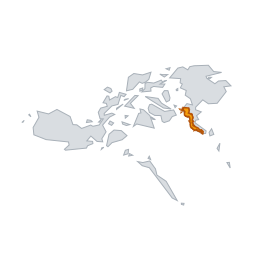 location of Zamboanga del Norte, Zamboanga del Norte, Philippines, rotated 276°
{"feature_id": "2640588B39288775379873", "entity_name": "Zamboanga del Norte", "entity_type": "district", "adm_level": 2, "iso_a3": "PHL", "parent_name": "Philippines", "parent_adm1": "Zamboanga del Norte", "projection": "albers", "projection_center": [122.692, 8.0], "detail": "fine", "context": "in_parent", "style": "filled", "palette": "amber", "viewbox_px": 256, "rotation_deg": 276, "n_neighbors": 0, "source": "geoboundaries", "source_scale": "gbopen_adm2", "svg_char_len": 7528}
<svg xmlns="http://www.w3.org/2000/svg" viewBox="0 0 256 256"><g transform="rotate(276 128 128)"><path d="M118.6,33.6L129.3,38.3L135.3,35.9L133.7,47.5L139.0,55.4L133.4,69.2L125.6,72.9L125.8,76.8L122.7,81.9L127.0,90.6L126.0,92.9L128.0,99.0L134.5,102.5L134.3,99.3L140.5,96.8L144.9,98.7L147.4,105.1L150.2,103.9L150.5,100.5L157.7,103.8L157.6,105.6L153.9,106.7L157.8,112.2L157.3,114.6L162.5,115.7L161.3,122.6L158.7,120.8L159.7,117.5L150.4,115.6L148.3,109.7L140.0,102.8L138.2,103.1L141.1,110.4L140.1,113.4L136.9,108.5L128.2,102.4L121.9,106.6L114.6,103.1L111.6,104.3L111.4,98.6L116.1,91.9L110.9,88.4L111.0,94.2L108.8,94.7L106.1,89.6L103.7,88.8L99.4,68.1L100.2,67.0L104.9,71.2L107.9,70.3L107.9,47.8L111.4,35.1L118.6,33.6ZM182.2,164.2L192.8,171.3L194.5,176.1L192.1,181.4L195.4,183.0L196.8,187.2L198.8,201.4L193.1,207.3L193.1,215.3L187.6,200.2L185.6,201.2L181.1,209.8L184.2,213.1L185.4,220.3L180.7,226.0L179.0,219.0L174.5,221.9L161.9,214.1L160.5,205.4L163.8,199.4L155.8,193.1L153.2,193.3L151.7,199.2L147.4,194.9L143.7,197.4L142.9,194.6L140.3,194.0L133.3,206.0L130.7,205.8L130.1,202.3L134.8,191.3L144.7,188.1L146.7,184.0L152.3,180.0L158.4,184.0L157.7,189.7L163.6,187.0L166.6,181.5L171.4,182.0L173.4,175.9L177.4,177.4L178.4,175.1L182.6,175.2L182.2,164.2ZM150.7,171.5L145.9,174.7L144.0,170.8L139.5,168.4L137.2,163.4L138.2,161.3L143.8,159.4L143.3,153.3L145.7,147.6L149.7,146.0L153.4,147.0L154.2,149.1L148.3,162.7L150.7,171.5ZM178.5,123.1L182.8,128.1L182.3,136.9L185.9,145.0L178.5,143.6L175.6,140.7L173.9,137.5L175.0,134.5L167.0,128.7L164.8,122.6L178.5,123.1ZM130.1,133.2L143.6,137.1L144.4,139.3L148.2,137.9L147.7,141.6L142.6,148.5L130.6,154.1L132.9,136.3L130.1,133.2ZM79.0,171.5L61.0,184.5L63.0,179.3L90.7,153.4L92.0,146.1L95.6,141.1L95.2,146.4L97.5,153.1L90.2,159.6L84.2,161.7L79.0,171.5ZM108.2,108.5L119.8,109.8L124.5,114.3L124.7,121.6L120.3,127.8L115.7,123.4L111.8,113.7L107.3,110.0L108.2,108.5ZM168.9,140.7L174.1,140.3L175.5,142.7L175.4,149.0L179.1,156.0L177.3,157.8L175.0,155.2L175.6,160.1L172.0,158.2L172.0,149.1L170.2,146.4L167.1,147.0L165.3,137.9L168.9,140.7ZM151.4,168.9L151.6,161.2L161.1,141.8L160.6,154.8L156.2,158.8L151.4,168.9ZM169.3,163.8L162.4,166.6L159.7,166.3L157.9,163.4L165.5,158.3L169.0,160.3L169.3,163.8ZM149.4,122.4L161.1,131.5L161.2,134.7L152.8,127.8L148.2,132.2L149.4,122.4ZM165.5,106.8L163.0,108.3L161.0,106.4L163.7,100.3L166.5,103.3L165.5,106.8ZM136.0,211.2L130.6,214.0L128.7,210.3L132.1,209.1L136.0,211.2ZM100.6,126.5L105.6,127.7L106.8,130.8L102.4,130.8L100.6,126.5ZM130.2,108.2L133.1,109.4L131.5,113.2L128.9,111.4L130.2,108.2ZM117.0,218.7L122.5,221.0L114.6,220.8L117.0,218.7ZM185.3,161.8L182.5,158.8L184.9,154.0L184.7,156.9L185.3,161.8ZM133.5,121.4L131.6,129.5L130.3,126.1L131.4,122.2L133.5,121.4ZM104.0,230.0L104.4,232.4L98.9,233.8L104.0,230.0ZM131.9,86.6L131.7,90.2L130.5,91.8L129.1,86.1L131.9,86.6ZM141.6,149.7L139.2,154.4L139.2,151.7L141.6,149.7ZM102.7,132.2L101.4,135.5L100.2,131.6L102.7,132.2ZM169.4,138.5L167.6,138.6L165.8,136.0L168.0,135.6L169.4,138.5ZM140.2,123.8L140.1,126.8L137.5,124.3L140.2,123.8ZM192.4,163.5L189.8,162.9L190.9,159.7L192.4,163.5ZM146.5,114.6L151.3,120.7L145.3,114.7L146.5,114.6ZM102.2,152.1L99.0,153.8L99.9,151.1L102.2,152.1ZM155.6,171.4L155.0,174.0L153.2,172.7L155.6,171.4ZM156.2,122.0L157.3,125.6L155.0,121.0L156.2,122.0ZM58.9,191.6L57.2,191.4L57.6,189.1L58.8,188.9L58.9,191.6ZM172.5,173.4L170.4,173.6L170.2,172.2L171.4,171.9L172.5,173.4ZM187.1,205.7L185.5,204.1L186.0,202.4L187.0,203.2L187.1,205.7ZM105.5,104.0L106.3,106.0L103.9,103.7L105.5,104.0ZM178.6,158.9L179.4,161.6L177.2,158.3L178.6,158.9ZM131.4,28.6L129.0,30.3L130.7,27.9L131.4,28.6ZM134.0,100.7L130.8,99.1L130.8,98.1L134.0,100.7ZM122.8,22.2L124.8,24.0L122.6,22.8L122.8,22.2Z" fill="#d9dde1" stroke="#a8b0b8" stroke-width="1"/><path d="M154.1,182.6L154.1,181.2L153.8,181.2L153.7,181.1L153.4,181.1L153.1,180.9L153.1,180.7L153.4,180.3L153.3,180.0L153.2,180.0L152.9,180.3L152.8,180.2L152.7,180.2L152.6,180.3L152.6,180.1L152.4,179.8L151.8,179.6L151.5,179.6L151.6,179.8L151.5,180.0L151.8,180.2L151.7,180.3L151.8,180.0L152.0,180.2L151.8,180.3L152.0,180.4L152.0,180.5L151.9,180.5L152.1,180.5L152.0,180.9L152.1,181.0L151.9,181.0L151.7,181.2L151.4,180.9L151.1,181.0L151.0,181.3L150.9,181.6L151.0,181.6L150.9,181.7L150.8,182.1L150.7,182.3L150.4,182.7L150.3,182.8L149.9,182.8L149.7,182.8L149.6,182.7L149.3,182.7L148.9,182.5L148.7,182.5L148.0,182.7L146.9,182.8L146.7,183.0L146.4,183.2L146.3,183.3L146.3,183.5L146.3,183.8L146.2,183.9L146.1,184.1L145.9,184.2L145.7,184.2L145.7,184.3L145.7,184.8L145.8,185.0L145.7,185.6L145.3,185.8L145.2,185.7L145.1,185.9L145.2,186.1L145.2,186.3L145.3,186.3L145.5,186.5L145.8,186.7L145.9,186.9L145.9,187.0L145.9,187.3L145.7,187.5L145.4,187.7L145.2,187.9L144.8,188.2L144.5,188.3L144.3,188.3L144.0,188.3L143.9,188.3L143.7,188.5L143.4,188.6L142.7,188.7L142.2,188.8L141.6,188.8L141.3,188.6L141.2,188.5L141.2,188.4L141.2,188.1L140.9,188.3L140.6,188.5L140.5,188.8L140.3,188.9L140.0,189.0L139.8,189.2L139.6,189.3L139.4,189.3L138.9,189.3L139.0,189.3L138.9,189.4L138.7,189.5L138.3,189.4L138.1,189.4L137.2,189.7L136.5,189.8L136.4,189.9L136.3,190.0L136.1,190.0L135.6,190.2L135.5,190.4L135.2,190.5L134.9,190.9L134.7,190.9L134.5,191.1L134.6,191.3L134.7,191.6L134.6,191.8L134.3,192.2L134.0,192.3L133.8,192.4L133.6,192.5L133.5,192.8L133.4,193.0L133.3,193.3L133.2,193.4L133.1,193.5L133.1,193.4L133.1,193.6L133.0,193.8L132.9,193.8L132.8,193.6L133.0,194.0L132.9,194.2L132.7,194.0L132.8,194.0L132.7,194.1L132.6,194.3L132.6,194.2L132.6,194.3L132.6,194.5L132.8,194.4L132.9,194.5L133.1,195.0L133.2,195.4L133.2,195.8L133.1,196.0L132.9,196.3L133.0,196.5L133.3,196.5L133.2,196.6L133.3,196.6L133.4,196.8L133.3,197.0L133.1,197.0L132.9,197.1L132.8,197.3L132.7,197.5L132.4,197.5L132.4,197.8L132.5,197.8L132.4,198.0L132.3,198.4L132.1,198.5L132.1,198.8L132.1,199.0L132.1,199.3L132.0,199.5L131.9,199.6L131.9,199.8L131.7,200.0L131.8,200.2L131.8,200.3L131.8,200.5L132.0,200.6L132.2,200.9L132.1,201.0L131.8,201.1L131.4,201.2L131.5,201.3L131.3,201.4L131.1,201.5L130.8,201.6L130.7,201.8L130.4,202.1L130.2,202.3L129.9,202.9L129.9,203.0L130.0,203.1L130.3,203.1L130.5,203.1L132.4,203.1L132.6,202.9L132.6,202.6L133.3,202.0L133.4,201.7L133.4,201.3L133.5,201.3L133.8,201.3L133.9,201.1L133.6,200.2L133.6,199.9L133.8,199.5L133.9,199.1L134.0,198.9L134.4,198.7L134.6,198.6L134.7,198.2L135.0,198.1L135.2,197.9L135.8,196.4L136.1,195.2L136.3,195.0L136.3,194.5L136.6,194.1L137.3,193.9L136.8,193.3L137.2,192.4L137.8,192.3L137.8,192.5L138.2,192.6L138.3,192.5L138.3,192.2L138.7,192.1L139.0,192.1L139.3,192.1L139.4,191.9L139.5,192.0L139.8,191.5L140.1,191.6L140.3,191.5L140.5,191.3L140.8,191.7L140.8,191.9L140.9,192.0L140.9,191.9L141.2,192.0L141.3,192.1L141.5,192.0L141.9,192.0L142.0,191.7L142.2,191.4L142.2,191.2L143.4,191.2L143.9,191.3L144.8,191.4L144.8,191.6L145.6,191.6L145.8,191.4L146.0,191.2L147.2,190.6L148.2,190.4L148.3,190.4L148.5,190.2L148.7,189.7L148.2,189.7L148.5,189.3L148.6,189.2L148.4,188.9L148.5,188.6L148.8,188.3L148.8,187.8L149.0,187.8L149.1,187.7L149.2,186.9L149.4,186.8L149.3,186.6L149.5,186.6L149.8,186.9L150.5,186.9L150.8,187.0L151.1,187.1L151.6,187.1L151.9,187.0L152.0,186.9L152.2,187.0L152.4,186.9L152.5,187.0L152.7,186.7L152.9,186.6L153.1,186.6L153.3,186.5L153.5,186.6L153.8,186.6L153.9,186.4L154.1,186.5L154.2,186.4L154.2,186.1L154.3,185.8L154.2,185.3L154.2,185.2L154.2,184.7L154.2,183.6L154.1,183.0L154.2,182.9L154.1,182.6ZM152.1,177.8L152.1,177.7L152.0,177.8L152.1,177.8ZM149.3,179.3L149.2,179.3L149.3,179.4L149.3,179.3ZM153.4,180.7L153.2,180.7L153.3,180.8L153.4,180.7Z" fill="#f59e0b" stroke="#b45309" stroke-width="1.5"/></g></svg>